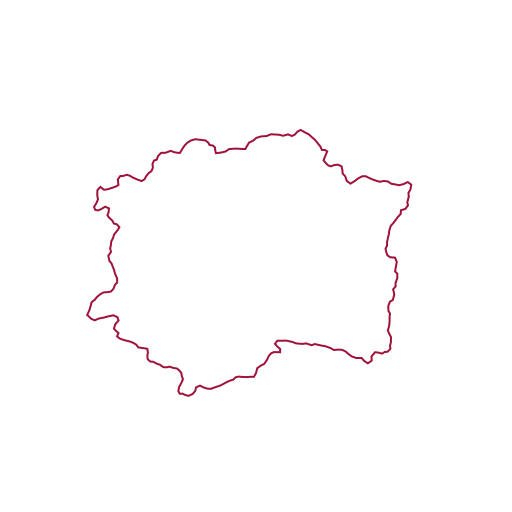 Franciscópolis, Minas Gerais, Brazil (Robinson projection), rotated 222°
{"feature_id": "56859067B40069037884515", "entity_name": "Franciscópolis", "entity_type": "district", "adm_level": 2, "iso_a3": "BRA", "parent_name": "Brazil", "parent_adm1": "Minas Gerais", "projection": "robinson", "projection_center": [-41.966, -17.999], "detail": "fine", "context": "isolated", "style": "outline", "palette": "rose", "viewbox_px": 512, "rotation_deg": 222, "n_neighbors": 0, "source": "geoboundaries", "source_scale": "gbopen_adm2", "svg_char_len": 3817}
<svg xmlns="http://www.w3.org/2000/svg" viewBox="0 0 512 512"><g transform="rotate(222 256 256)"><path d="M185.7,408.7L188.4,412.9L192.7,412.5L194.5,408.1L197.2,404.2L200.7,402.2L203.8,400.2L207.7,399.7L211.1,397.4L213.7,394.0L216.9,392.4L220.5,390.9L224.1,389.7L227.9,388.7L230.3,386.4L231.8,382.7L232.8,377.8L234.2,373.0L238.8,372.5L242.9,374.9L246.9,375.3L249.2,377.6L252.5,379.9L256.2,378.7L258.7,376.0L260.3,372.8L262.7,371.7L265.9,371.7L269.8,372.3L271.4,376.5L273.1,381.4L275.7,380.9L278.0,378.9L281.3,380.4L287.3,381.4L290.0,381.8L294.0,381.7L298.4,381.7L302.3,380.6L307.1,379.6L308.4,376.2L308.4,372.1L309.7,369.1L313.6,367.8L316.3,363.5L320.2,361.4L323.8,358.5L326.3,356.5L328.4,352.2L332.2,348.3L334.7,344.2L335.4,339.6L337.0,335.8L336.4,332.2L335.5,328.4L338.5,325.8L341.2,323.7L344.4,320.8L347.6,317.3L348.5,313.4L350.5,310.4L352.5,307.9L354.6,305.6L357.1,307.3L359.1,309.2L361.8,309.3L364.8,307.4L367.3,308.3L370.8,308.1L375.0,305.2L379.3,302.1L381.5,298.6L382.8,294.5L383.0,290.4L382.4,286.2L381.5,281.7L383.8,279.9L386.3,278.4L389.7,277.1L392.3,272.2L395.5,269.2L395.7,264.7L394.2,261.2L395.7,258.7L394.5,255.1L391.7,252.6L390.5,249.2L391.3,245.5L391.0,241.8L390.2,238.2L391.2,235.1L395.2,233.5L400.0,231.9L403.5,231.2L406.4,229.9L408.3,226.6L410.4,224.5L409.9,220.4L405.7,216.7L406.8,213.6L408.3,210.8L410.8,206.5L413.2,203.5L417.9,203.2L417.9,198.8L414.6,194.9L411.3,192.3L410.0,188.5L409.2,184.1L406.3,182.7L403.9,184.2L402.5,187.1L401.1,191.7L397.2,193.0L394.8,189.8L393.6,186.8L390.9,186.2L386.6,186.2L383.4,185.0L380.7,186.4L376.8,186.0L376.1,182.5L375.9,177.2L374.2,173.5L373.3,169.9L371.2,167.1L369.5,164.1L366.5,162.0L365.9,157.3L361.7,154.3L358.4,153.8L355.1,152.1L352.6,150.9L348.6,148.4L344.2,146.4L341.5,143.5L341.5,140.2L340.0,136.3L340.0,132.6L342.2,129.7L344.9,127.0L346.2,123.1L346.8,119.1L346.5,115.7L347.3,111.8L345.8,108.9L343.7,104.6L342.0,99.2L339.3,99.2L336.4,99.1L332.8,100.3L331.0,104.3L327.9,108.4L325.1,112.7L322.3,116.5L318.1,117.8L315.0,116.1L314.9,111.1L312.9,106.9L309.3,106.7L306.6,106.7L305.5,103.3L302.0,103.5L297.4,105.4L292.9,107.9L288.9,109.4L285.6,110.0L282.3,109.3L280.0,110.9L277.5,112.5L274.7,114.3L271.8,112.0L270.0,109.1L267.3,106.8L264.0,106.8L261.6,108.6L257.3,109.7L254.6,110.9L250.5,111.4L248.1,113.3L246.2,115.9L242.8,117.4L239.2,119.6L236.3,119.6L233.4,119.2L230.7,117.1L227.9,115.6L226.7,112.3L225.5,107.3L223.2,103.5L220.4,102.7L218.4,104.6L215.6,105.3L212.5,107.0L210.8,110.9L210.8,114.6L212.6,118.4L210.9,122.2L207.1,123.2L203.5,124.8L200.7,127.0L198.5,131.2L196.1,135.3L194.7,138.9L193.4,142.7L192.0,145.8L190.2,148.9L190.0,152.1L188.2,154.8L185.7,156.6L182.3,159.4L179.6,162.2L176.7,164.8L177.7,169.1L180.0,173.5L179.0,178.1L177.7,181.2L178.3,186.0L179.6,190.2L179.7,193.5L178.6,196.3L176.3,198.4L173.7,200.6L175.7,203.0L179.7,203.0L183.1,203.4L183.5,207.3L180.0,210.4L177.0,213.3L174.0,215.0L171.3,216.6L168.1,217.7L165.7,219.4L162.6,221.8L160.3,224.6L157.5,225.8L155.0,226.9L153.4,229.9L150.2,231.7L146.8,233.6L144.0,235.4L138.9,237.5L135.3,238.2L132.3,241.4L129.4,243.8L125.5,245.0L121.9,245.0L117.4,245.5L113.2,247.3L109.2,250.9L105.6,250.4L101.1,251.1L100.0,255.6L103.0,258.7L103.1,264.2L100.1,266.3L97.0,267.8L96.1,270.8L94.1,273.0L94.1,277.1L96.3,278.9L98.2,282.4L101.5,286.1L105.4,287.6L108.2,288.9L110.2,293.0L113.2,297.1L116.1,300.2L117.9,302.9L120.8,303.8L124.1,307.1L125.9,311.6L124.9,315.0L127.6,320.1L131.8,323.0L131.9,326.8L134.3,329.4L136.2,334.1L139.2,337.4L142.3,337.6L144.3,340.7L147.4,345.8L151.6,347.8L155.6,344.8L158.9,344.5L162.2,346.3L164.6,348.1L165.5,351.2L168.0,354.2L170.1,357.8L171.9,361.2L174.2,364.5L176.0,368.6L176.0,372.7L176.3,376.2L176.7,380.1L176.6,384.0L178.9,387.0L176.5,391.0L177.0,395.5L179.4,397.0L180.8,399.7L182.3,402.5L184.9,404.8L185.7,408.7Z" fill="none" stroke="#9f1239" stroke-width="2"/></g></svg>